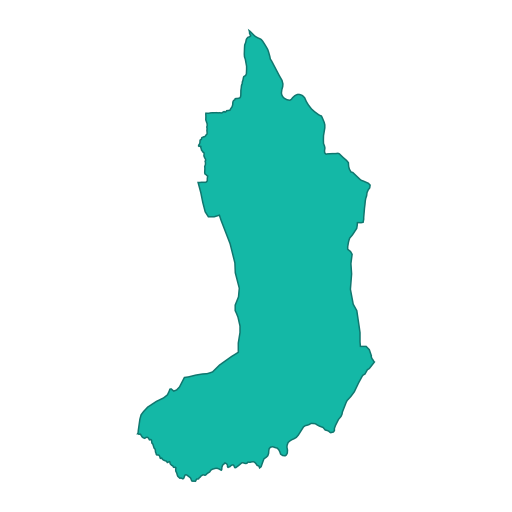 Yaha, Yala, Thailand
{"feature_id": "78962969B93960715397909", "entity_name": "Yaha", "entity_type": "district", "adm_level": 2, "iso_a3": "THA", "parent_name": "Thailand", "parent_adm1": "Yala", "projection": "equal_earth", "projection_center": [101.075, 6.426], "detail": "fine", "context": "isolated", "style": "filled", "palette": "teal", "viewbox_px": 512, "rotation_deg": 0, "n_neighbors": 0, "source": "geoboundaries", "source_scale": "gbopen_adm2", "svg_char_len": 6049}
<svg xmlns="http://www.w3.org/2000/svg" viewBox="0 0 512 512"><path d="M374.4,362.0L374.0,361.7L372.9,359.8L371.9,358.5L371.2,356.5L371.4,355.9L369.3,349.7L366.1,346.4L360.4,346.4L360.0,342.0L360.0,332.7L359.4,328.3L356.8,310.7L353.2,304.2L350.4,289.3L351.6,274.0L350.9,263.6L352.1,254.3L350.5,251.5L347.7,249.3L347.7,246.6L348.5,242.0L349.1,239.8L349.7,238.1L352.5,234.8L356.7,228.4L357.2,225.4L357.4,222.6L361.1,222.7L363.1,222.3L363.7,219.3L363.7,217.4L364.5,208.0L364.9,204.9L365.3,200.8L365.7,198.5L366.6,195.8L367.0,192.6L368.3,189.7L369.7,187.9L370.1,185.1L368.4,183.3L363.2,181.0L361.4,180.4L359.9,179.3L352.8,172.5L351.0,172.0L349.4,169.2L348.7,166.7L348.5,164.6L348.4,162.7L346.5,160.4L343.0,157.4L339.3,153.8L337.9,153.3L335.6,153.6L332.6,153.6L327.1,153.9L326.5,154.2L325.9,154.1L324.7,152.8L324.5,150.9L324.9,148.0L324.5,146.1L323.5,143.5L323.4,140.1L323.5,135.7L324.8,127.9L324.8,124.9L324.2,122.4L322.2,117.6L321.4,116.0L319.8,115.4L318.3,114.5L314.4,111.6L311.4,108.9L308.2,104.7L307.3,103.2L306.2,101.3L304.6,97.7L302.5,95.6L300.9,94.9L299.1,94.4L297.7,94.4L296.1,95.0L294.7,95.8L292.7,97.6L291.3,99.4L289.8,100.3L286.9,99.7L284.3,98.3L282.9,96.9L281.9,95.2L281.4,93.1L281.8,89.8L282.7,86.6L282.9,83.9L282.0,80.4L279.2,75.5L271.6,61.0L270.3,59.0L269.8,56.4L268.6,52.1L267.7,49.5L266.7,47.7L264.9,44.7L262.6,41.1L261.2,39.5L260.0,38.8L257.7,37.8L255.4,36.5L254.1,35.4L250.0,31.3L249.2,30.7L249.5,31.7L249.6,33.5L250.7,35.8L249.5,36.8L247.8,37.4L246.6,38.9L246.3,39.5L245.7,42.4L244.7,45.0L244.5,48.0L244.3,54.0L244.4,55.8L244.5,56.9L245.3,59.2L246.6,66.3L246.6,69.3L246.4,73.8L245.8,75.1L245.6,75.5L243.8,76.6L243.5,77.3L242.9,80.4L242.3,82.0L242.3,83.5L241.7,84.8L241.4,86.0L241.3,87.5L240.9,90.2L240.8,95.1L240.5,96.9L240.0,97.7L239.4,98.1L237.1,98.5L236.0,98.5L235.3,98.7L235.0,99.0L234.9,99.7L233.8,100.4L233.5,100.7L233.1,101.4L232.8,102.8L232.7,104.7L232.1,106.7L230.5,109.1L229.9,110.3L226.6,110.7L226.2,111.4L225.3,112.1L225.0,112.1L224.4,111.6L224.0,111.6L222.5,112.4L221.8,113.0L219.1,112.7L218.4,112.9L216.7,112.7L211.1,112.8L208.5,113.3L205.9,113.2L205.8,114.0L205.9,116.5L205.8,119.9L206.8,122.9L207.1,123.5L207.2,125.7L206.8,127.0L207.1,128.8L206.9,130.4L207.1,132.5L207.1,133.7L206.8,134.3L206.1,134.9L205.6,135.8L204.7,136.6L204.2,136.8L203.6,136.8L203.0,137.2L202.3,137.4L201.8,137.7L201.5,138.6L201.3,139.5L200.3,139.9L200.1,140.3L200.0,140.8L200.0,142.1L199.8,143.1L199.4,144.2L198.7,145.1L198.6,145.6L198.6,146.0L199.1,146.4L199.9,146.2L200.8,146.4L200.8,147.7L201.3,148.9L201.4,149.9L202.4,151.2L202.7,151.9L203.6,152.4L204.0,153.0L204.1,154.0L203.9,156.0L204.4,156.7L204.5,157.6L205.4,158.8L205.6,159.9L205.6,160.7L205.1,161.2L205.5,162.8L205.4,164.7L204.7,166.5L204.9,168.2L204.7,172.3L204.8,173.3L205.2,174.2L206.3,174.8L206.8,175.5L207.7,176.0L207.3,178.4L207.3,180.6L206.8,181.5L205.8,182.3L201.2,182.3L199.9,182.5L198.1,182.5L200.8,192.6L202.8,202.5L205.2,211.8L208.4,216.8L214.1,216.8L219.4,215.2L221.0,220.1L230.1,243.7L234.9,262.9L235.3,272.8L239.3,288.2L238.5,296.9L235.2,305.1L235.2,310.6L236.5,313.4L238.0,317.2L240.0,326.0L240.0,332.6L238.3,343.0L238.3,352.3L231.4,356.6L219.6,365.0L212.6,371.9L209.8,372.9L207.1,373.7L202.5,374.0L195.8,375.1L188.6,376.9L184.4,377.5L179.5,387.0L176.6,390.0L173.7,391.1L171.1,388.9L169.9,389.2L169.1,391.4L167.4,394.9L163.6,397.9L156.4,401.4L147.7,407.1L143.6,411.5L141.1,414.8L139.9,419.2L138.3,430.4L138.1,432.8L137.6,433.7L138.0,433.7L138.6,434.1L139.0,434.3L140.1,434.1L140.4,434.2L142.1,436.9L142.8,437.5L143.8,438.0L144.8,438.3L145.4,437.8L146.1,437.4L147.1,437.3L147.9,437.5L148.6,438.3L149.4,439.8L149.9,439.9L150.7,439.5L151.3,439.9L151.6,440.6L151.8,442.5L151.9,443.0L152.1,443.4L152.8,444.0L154.1,448.1L155.1,449.2L155.3,450.1L155.5,452.0L156.1,453.4L156.3,454.4L156.5,454.7L156.7,454.9L158.6,455.1L159.0,455.3L159.2,455.5L159.8,456.7L160.2,458.1L160.4,458.4L160.7,458.4L161.1,458.0L161.7,458.1L162.5,459.3L163.4,460.0L165.2,460.8L166.1,461.0L166.9,461.8L167.3,462.5L167.6,462.5L168.8,461.8L169.4,461.6L169.8,461.9L170.2,463.8L171.6,465.3L172.8,465.9L173.5,467.2L174.0,467.4L175.5,467.3L175.8,467.6L175.9,468.0L175.7,469.1L175.7,470.3L175.9,471.4L176.7,472.9L177.3,475.1L177.8,476.3L179.8,478.2L180.1,478.3L180.5,478.0L181.0,478.0L182.7,478.8L183.4,478.6L183.8,478.1L184.9,475.3L185.4,474.9L186.1,474.8L186.6,474.9L190.2,477.6L190.7,478.3L191.7,480.8L192.1,481.1L193.2,481.2L194.3,481.1L195.1,481.3L195.5,481.2L196.4,479.4L196.7,479.1L197.2,479.0L198.1,479.0L198.6,478.8L199.2,477.8L200.3,477.0L200.9,476.1L202.6,475.0L203.1,474.8L203.4,474.8L204.6,475.2L205.2,475.2L205.8,474.9L207.2,473.5L209.7,471.9L210.8,470.2L212.4,469.2L215.2,468.4L216.2,468.3L217.2,468.3L219.4,469.1L220.4,469.8L221.3,470.2L221.7,469.7L221.9,467.2L222.6,465.3L223.1,464.6L224.0,464.0L224.8,462.9L225.0,462.9L225.5,463.3L226.3,463.6L227.2,464.5L227.4,464.9L227.5,466.5L227.9,467.3L228.1,467.4L228.6,467.0L229.7,466.8L231.1,465.5L232.5,464.9L233.1,464.9L233.5,465.1L233.8,465.4L234.5,467.1L234.8,467.6L235.1,467.7L235.8,467.6L236.2,467.3L238.5,465.6L241.7,462.9L242.8,462.7L245.0,463.4L245.9,463.5L246.8,463.3L247.2,463.0L247.7,462.3L248.1,462.1L250.0,462.3L251.6,461.9L253.3,461.7L253.9,461.9L255.0,462.6L256.2,464.0L257.1,465.4L258.6,465.9L259.0,466.3L259.6,467.9L261.1,466.7L262.6,462.4L263.9,458.9L266.4,457.1L267.8,455.7L268.6,453.3L268.8,450.5L269.2,448.6L270.5,447.2L272.7,446.7L274.9,447.5L277.2,448.1L278.8,449.8L279.8,451.7L280.6,454.1L282.6,455.5L285.1,455.8L286.3,455.0L287.3,453.1L287.5,450.1L286.9,447.1L287.1,445.2L288.1,442.5L289.6,441.1L291.8,439.7L294.1,438.7L296.3,437.4L298.3,435.1L303.5,426.9L305.2,425.7L307.5,425.1L309.0,424.6L311.1,423.4L313.2,423.5L315.3,423.7L317.0,424.8L319.4,426.1L323.1,427.5L325.2,430.0L327.1,430.5L328.6,431.1L330.1,432.4L330.7,432.7L333.4,432.0L334.4,430.6L334.4,428.4L335.5,425.4L338.5,419.4L341.0,416.4L342.0,414.2L342.4,412.0L346.1,402.5L347.1,400.5L350.8,396.5L354.3,391.8L358.6,382.8L362.3,376.0L363.3,374.9L364.9,374.1L367.4,369.7L369.2,368.6L371.0,366.4L374.4,362.0Z" fill="#14b8a6" stroke="#0f766e" stroke-width="1.5"/></svg>